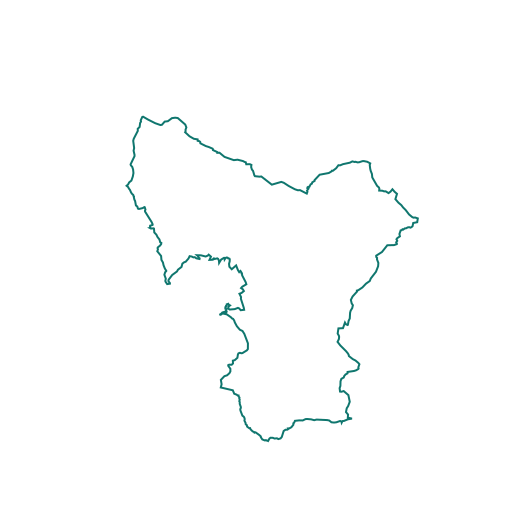 the district of Atid, Harghita, Romania, rotated 307°
{"feature_id": "2599482B64180314923929", "entity_name": "Atid", "entity_type": "district", "adm_level": 2, "iso_a3": "ROU", "parent_name": "Romania", "parent_adm1": "Harghita", "projection": "mercator", "projection_center": [25.009, 46.469], "detail": "fine", "context": "isolated", "style": "outline", "palette": "teal", "viewbox_px": 512, "rotation_deg": 307, "n_neighbors": 0, "source": "geoboundaries", "source_scale": "gbopen_adm2", "svg_char_len": 6150}
<svg xmlns="http://www.w3.org/2000/svg" viewBox="0 0 512 512"><g transform="rotate(307 256 256)"><path d="M183.9,430.5L182.2,426.6L184.8,424.9L185.5,421.8L189.0,420.1L191.6,419.9L196.0,418.6L200.5,413.5L200.9,407.3L199.0,405.9L198.3,404.7L200.8,402.3L203.0,401.6L206.8,398.9L209.3,398.1L211.8,399.2L213.1,398.7L215.3,398.8L217.3,399.7L218.5,398.9L223.2,403.5L224.9,404.7L227.3,405.7L227.8,405.7L228.7,404.7L231.8,403.7L232.2,402.0L232.4,398.3L231.9,395.4L232.0,390.4L232.9,389.4L233.5,388.0L234.2,385.1L235.3,377.2L236.5,372.8L239.5,372.2L241.4,371.1L242.2,370.2L243.2,367.9L247.8,365.4L250.7,368.9L256.4,367.1L255.6,368.9L256.0,370.7L256.3,370.8L259.9,369.0L262.5,368.5L267.3,365.3L269.3,364.5L272.3,364.2L275.0,363.0L275.7,361.0L278.0,358.2L281.8,357.5L288.4,358.1L289.1,357.4L290.3,358.3L294.9,359.9L300.1,360.5L304.5,361.9L307.1,361.2L315.6,361.3L321.3,359.7L324.1,357.9L326.1,354.7L327.4,353.8L327.6,352.6L328.6,351.8L335.0,354.2L343.6,354.4L347.8,359.7L350.2,361.3L350.7,361.0L351.3,359.7L353.1,359.7L353.9,358.1L355.4,358.1L358.3,359.1L359.9,357.3L363.5,356.1L364.2,356.8L365.5,356.9L365.7,357.7L367.6,358.2L368.3,359.1L370.2,360.0L371.2,361.0L371.6,362.3L372.6,362.8L374.0,363.1L377.0,361.7L380.0,364.4L383.4,362.6L382.5,359.9L381.4,358.7L381.1,357.3L381.3,353.2L382.8,347.8L383.3,344.2L384.1,341.4L384.3,337.7L385.3,333.1L390.5,331.2L390.7,328.1L391.4,324.8L388.4,324.7L386.0,324.0L385.7,320.7L384.7,319.4L384.2,317.7L382.4,315.0L384.0,314.0L384.7,312.9L384.9,310.5L388.7,301.6L391.3,299.2L393.0,296.4L394.4,294.7L397.2,292.0L398.7,291.5L398.2,288.1L396.7,285.0L395.9,284.0L392.9,281.9L391.9,280.8L391.1,278.7L390.5,278.3L389.5,276.0L387.0,274.8L381.7,270.2L379.0,268.6L378.1,267.2L374.3,267.2L370.3,266.1L369.8,265.3L369.0,265.4L366.1,264.2L359.2,257.9L351.9,257.1L351.2,257.6L348.7,256.6L347.4,257.1L346.1,256.5L343.3,257.0L342.7,256.1L341.9,255.8L341.1,256.1L341.2,257.4L338.9,257.4L338.3,258.4L336.4,259.0L335.1,251.5L333.7,249.9L332.7,246.9L331.6,240.0L331.2,234.1L330.4,231.6L322.5,225.7L322.7,212.4L321.5,211.1L319.1,207.1L319.4,206.2L322.2,202.4L322.6,200.7L324.1,198.6L326.0,197.5L325.6,195.8L323.4,193.0L324.7,191.4L324.3,190.5L324.0,188.5L321.8,183.3L319.2,180.6L316.2,171.2L316.5,164.7L315.1,163.0L315.7,162.5L314.7,157.9L315.3,157.5L315.6,156.7L314.6,152.6L313.6,149.8L312.5,143.8L313.5,142.8L313.6,141.7L312.9,140.1L314.0,139.2L312.2,135.8L311.6,130.8L312.2,124.9L313.1,124.8L314.5,123.7L316.8,123.0L318.4,120.4L319.1,110.5L317.8,108.2L315.5,105.9L310.6,104.5L308.4,102.2L304.2,101.9L303.1,100.9L301.4,95.6L300.0,87.8L299.3,82.0L298.6,81.5L295.0,82.3L294.1,83.3L292.5,83.4L289.0,85.4L286.4,85.0L284.8,86.3L276.1,87.8L274.1,88.6L268.9,93.7L266.4,94.9L263.7,98.1L262.6,98.9L253.7,100.7L253.1,101.5L252.7,103.5L251.1,105.8L248.5,108.2L245.3,109.8L241.2,111.1L238.5,110.4L236.1,110.8L234.2,110.4L234.1,112.5L233.4,113.8L233.0,115.4L231.5,118.1L231.0,119.7L230.9,121.2L230.2,122.0L230.1,122.7L229.4,123.1L227.8,125.0L227.2,126.3L224.1,129.7L224.1,131.4L222.8,133.2L223.1,134.2L226.1,136.7L227.9,137.4L228.0,137.8L226.5,139.8L225.3,140.1L224.7,140.7L220.3,152.2L219.1,154.4L218.5,154.7L216.5,153.2L215.8,153.6L215.0,154.7L214.5,154.3L214.7,155.6L216.5,157.6L216.5,158.0L213.6,160.6L213.1,163.6L211.9,165.9L211.1,168.9L209.3,171.3L209.5,172.5L208.4,173.1L206.6,173.1L203.7,172.4L203.1,172.6L202.3,173.7L200.4,174.3L198.9,180.2L196.0,182.8L194.8,185.6L193.0,187.7L191.3,190.5L190.5,192.2L190.4,193.0L189.9,193.4L188.4,193.2L185.9,194.1L183.6,197.6L181.5,198.6L181.0,199.3L180.1,202.0L182.1,203.9L182.6,203.5L183.1,201.4L183.9,200.7L184.8,200.5L190.4,200.5L196.1,202.2L198.1,201.9L202.4,203.1L205.6,201.8L207.8,202.4L209.1,203.3L213.3,203.6L215.9,203.1L216.9,205.0L217.2,206.8L218.2,207.8L218.2,209.7L219.6,212.7L220.2,212.4L220.2,211.5L221.0,209.6L221.1,208.4L223.4,211.6L225.3,216.1L227.4,217.3L228.6,217.4L228.4,220.4L224.9,221.2L227.0,223.7L227.8,224.1L228.2,223.6L228.8,223.8L229.0,225.0L230.8,226.5L230.9,227.4L230.1,229.1L228.3,230.7L232.1,230.3L235.2,231.5L235.6,232.0L234.5,233.0L235.9,232.9L237.3,233.6L237.6,234.6L237.3,235.1L237.9,236.4L237.6,237.0L235.9,238.2L233.5,239.2L231.4,241.2L230.8,244.6L236.5,245.8L233.9,250.0L233.0,252.3L234.7,252.6L234.1,254.2L233.4,254.9L233.6,255.3L232.2,256.6L228.9,263.5L227.6,265.3L223.2,263.5L221.4,263.4L221.5,265.5L220.7,267.4L217.8,266.7L215.9,265.5L214.2,268.8L212.8,269.6L207.3,277.4L205.9,278.9L203.5,276.4L204.0,274.2L203.7,272.8L200.8,271.0L197.4,267.2L197.3,265.2L199.3,264.6L200.9,265.0L200.7,263.5L201.1,262.6L200.9,262.5L199.8,261.7L198.6,262.5L198.1,262.1L196.9,262.7L196.6,262.4L195.5,263.2L195.8,264.0L195.6,264.5L194.2,264.9L194.1,265.9L193.3,266.2L192.7,265.6L193.0,264.8L190.6,263.1L189.2,263.0L187.8,262.5L187.6,262.8L187.9,263.2L190.0,263.9L191.8,267.7L192.0,272.8L191.7,274.5L192.0,275.5L191.4,277.3L190.2,279.1L188.4,283.0L187.4,287.5L188.0,290.3L186.8,293.5L181.4,302.1L176.8,305.5L175.2,305.5L170.3,303.6L169.5,302.8L169.0,301.4L167.7,300.6L166.5,300.8L163.5,302.4L160.0,301.7L158.5,300.5L156.3,302.3L154.5,302.0L153.1,300.0L152.2,299.5L151.6,299.9L150.5,303.4L148.4,305.0L146.4,305.3L143.3,304.7L141.0,303.1L135.9,302.5L132.9,305.7L129.8,307.0L134.8,318.3L132.9,321.5L133.6,323.9L133.6,325.2L134.1,326.0L133.4,326.6L133.0,328.0L132.1,328.4L131.4,329.5L130.0,330.0L129.6,330.9L128.1,332.0L126.4,334.6L125.6,335.3L124.2,335.6L123.2,336.6L120.3,341.2L120.3,342.9L119.9,343.9L119.0,345.1L117.5,345.9L116.5,348.0L115.4,349.1L115.4,350.5L114.4,351.6L114.4,354.1L115.0,354.9L114.3,355.9L113.9,358.8L114.2,360.3L114.0,361.0L114.6,361.2L114.9,361.9L115.0,366.2L114.8,368.4L114.2,368.9L113.3,371.4L114.0,374.0L114.9,374.7L114.8,375.2L115.3,375.9L115.5,377.0L118.3,376.6L119.6,377.0L120.9,378.8L121.4,380.7L123.0,382.4L123.2,384.0L125.1,385.4L127.0,385.5L132.9,383.4L135.0,384.1L136.2,385.6L137.3,385.9L137.6,385.4L138.3,386.3L140.5,387.3L143.7,387.4L144.9,386.5L145.8,386.8L147.8,386.3L150.8,389.5L152.8,392.3L155.5,393.7L156.5,394.8L158.7,398.3L159.9,401.3L161.8,402.8L167.8,411.6L168.7,413.5L168.6,416.3L169.9,418.5L171.5,420.2L174.9,422.5L175.2,423.9L174.5,424.7L176.2,424.4L177.2,425.5L180.9,427.7L183.9,430.5Z" fill="none" stroke="#0f766e" stroke-width="2"/></g></svg>